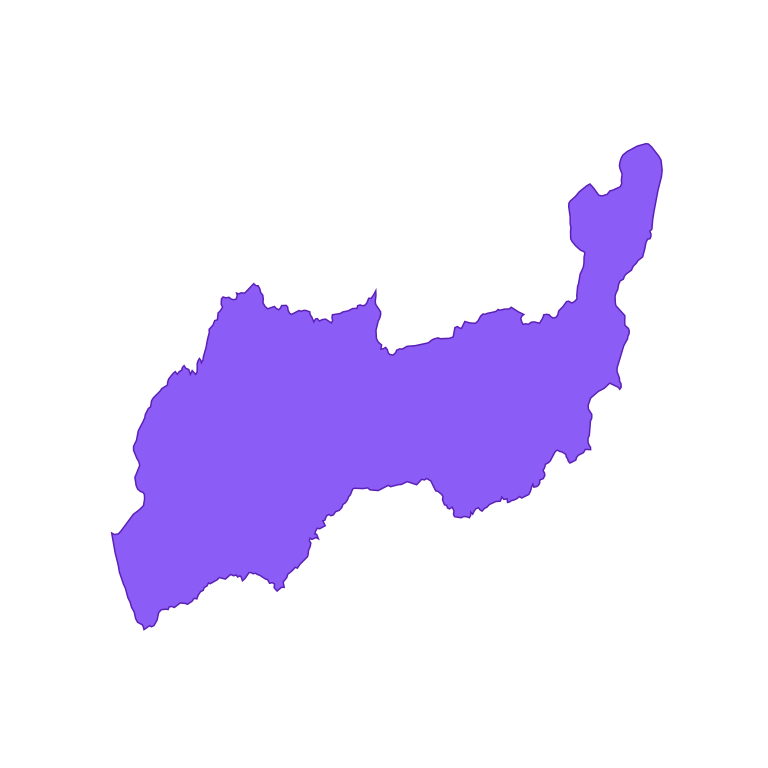 Lurambi, Western, Kenya (Equal Earth projection), rotated 193°
{"feature_id": "3690345B89314071613008", "entity_name": "Lurambi", "entity_type": "district", "adm_level": 2, "iso_a3": "KEN", "parent_name": "Kenya", "parent_adm1": "Western", "projection": "equal_earth", "projection_center": [34.691, 0.273], "detail": "fine", "context": "isolated", "style": "filled", "palette": "violet", "viewbox_px": 768, "rotation_deg": 193, "n_neighbors": 0, "source": "geoboundaries", "source_scale": "gbopen_adm2", "svg_char_len": 6151}
<svg xmlns="http://www.w3.org/2000/svg" viewBox="0 0 768 768"><g transform="rotate(193 384 384)"><path d="M161.1,655.0L164.4,664.4L167.2,667.5L176.6,675.2L180.3,677.3L182.8,677.1L190.7,672.8L199.3,665.3L202.6,661.0L203.6,658.0L204.0,653.9L203.7,649.6L202.4,646.8L199.2,642.1L198.6,636.0L197.5,632.8L198.1,629.4L204.6,624.4L207.3,623.0L209.3,618.9L214.1,616.2L217.3,616.3L223.6,621.9L228.3,625.2L230.9,622.9L237.0,615.2L239.7,609.7L243.6,604.3L244.5,601.8L244.0,598.6L240.2,588.7L238.6,581.9L237.1,578.6L236.5,574.2L234.7,567.4L232.6,565.0L227.8,561.4L222.4,558.5L219.5,558.1L217.7,556.9L217.6,552.7L216.3,546.4L216.1,542.4L217.6,535.4L217.0,525.1L217.3,522.6L216.1,513.8L215.1,510.3L216.9,507.3L219.0,505.2L222.9,506.2L224.7,505.3L227.0,499.7L230.2,494.5L230.2,490.8L231.1,488.0L233.9,486.3L236.8,487.2L238.6,488.6L241.1,488.5L243.9,487.4L244.2,483.9L246.1,478.2L251.5,478.3L254.3,477.4L256.8,474.6L259.2,474.6L261.9,473.4L264.0,475.8L265.4,478.5L265.0,481.1L263.4,483.2L269.2,484.5L277.3,487.4L279.0,485.2L283.4,484.1L287.6,482.0L289.6,482.3L290.9,480.2L292.9,479.0L299.2,476.1L300.9,474.8L303.4,474.4L305.1,471.9L306.7,466.4L308.6,463.7L314.1,462.8L319.3,463.1L321.0,455.6L323.1,455.6L325.4,456.5L327.6,454.9L327.2,445.5L330.3,443.3L339.3,440.8L341.7,441.1L345.4,439.2L347.6,437.3L350.0,434.1L362.1,428.4L370.0,425.9L374.0,422.2L376.7,421.7L379.2,419.9L379.8,416.9L381.7,414.2L385.1,414.1L386.8,415.2L388.5,418.2L390.6,420.0L392.6,418.2L394.8,417.3L395.1,421.5L399.0,423.5L401.6,426.6L403.9,434.5L403.8,443.8L402.9,447.9L402.9,451.1L403.6,453.6L410.0,459.7L411.1,462.4L411.8,468.6L413.0,473.0L414.1,468.7L415.8,464.5L418.2,464.1L419.0,458.8L420.6,456.2L422.8,455.4L425.0,455.7L427.3,454.4L427.3,451.6L431.5,450.5L435.4,447.2L440.4,444.9L442.7,442.7L449.8,439.9L449.6,436.9L448.3,434.2L449.0,431.7L455.5,434.1L458.8,432.8L461.0,430.8L463.7,432.7L465.4,431.9L466.3,428.7L469.5,433.1L471.7,435.1L472.5,437.6L477.1,438.1L479.2,437.5L481.1,436.1L483.2,436.6L489.8,431.0L492.1,431.8L494.1,434.4L495.2,437.3L496.9,438.6L501.4,437.4L501.9,434.8L503.5,432.6L506.2,433.5L508.2,434.9L514.3,431.1L517.3,432.8L520.2,435.9L520.7,439.5L522.1,443.3L524.8,445.5L526.2,448.5L528.7,451.4L531.0,451.0L533.5,452.5L540.1,441.3L543.9,440.6L545.7,439.2L548.1,439.4L546.9,437.1L547.2,433.4L549.2,432.4L551.8,432.3L554.5,433.6L557.5,432.4L560.4,432.6L561.5,430.3L561.0,427.2L560.4,424.7L558.6,422.7L559.8,418.8L561.6,415.9L560.8,409.1L563.2,407.7L563.9,402.9L566.7,397.9L565.8,394.8L566.0,387.9L565.6,379.4L566.1,369.9L565.8,366.5L566.7,363.7L568.0,366.0L569.6,367.3L570.4,364.6L570.6,361.9L568.8,353.8L569.7,351.0L573.9,353.9L574.8,349.8L577.5,354.2L580.6,354.7L582.9,356.9L584.1,354.9L584.3,351.8L586.2,350.2L587.6,347.0L590.2,349.1L591.9,346.8L595.0,340.3L595.2,336.9L594.8,334.2L599.5,329.5L600.6,326.7L605.6,318.7L606.7,315.4L606.3,309.3L608.1,307.1L609.7,300.6L609.5,297.6L610.2,293.7L612.9,283.1L612.5,273.5L614.0,267.0L613.1,263.0L608.1,256.0L605.5,253.2L603.7,249.8L605.7,236.9L602.7,229.4L600.4,226.2L597.2,224.5L594.5,224.2L592.7,222.6L591.4,218.1L591.0,211.3L594.5,205.9L598.9,200.7L607.3,181.4L609.2,178.2L612.6,176.7L615.8,177.5L608.0,159.1L602.3,147.9L599.5,141.2L592.8,130.3L590.1,126.9L585.4,118.1L582.2,114.2L579.8,109.7L576.2,105.8L573.2,99.5L570.5,96.4L565.4,95.0L564.0,93.4L562.6,90.7L558.0,95.8L556.1,95.1L553.8,96.8L552.0,102.7L552.1,110.6L550.2,114.0L545.9,115.5L543.6,115.7L543.2,118.4L540.9,119.5L538.0,119.1L533.3,124.8L528.4,125.5L526.0,125.1L522.2,129.1L520.7,132.5L518.0,132.5L517.6,136.2L516.1,140.3L513.7,142.3L513.4,145.2L511.0,147.5L510.3,150.7L508.4,150.3L502.3,155.9L501.0,158.4L494.7,158.2L490.6,163.9L487.4,163.3L485.0,164.7L483.2,163.0L481.2,164.7L479.5,163.5L477.7,160.4L475.8,163.0L473.1,169.8L471.0,170.4L469.0,169.7L466.4,170.7L464.3,169.8L462.3,169.8L455.7,167.3L453.4,167.2L450.7,164.1L448.1,165.3L445.7,164.5L445.2,160.8L441.6,158.2L438.1,162.9L435.5,163.4L437.7,168.3L435.2,173.5L435.0,176.9L431.2,181.8L429.3,185.4L427.0,185.1L425.3,189.5L419.7,198.4L419.6,201.1L420.1,204.8L419.4,208.9L419.5,212.6L421.5,214.4L421.4,217.2L419.3,216.4L415.7,219.1L413.1,218.4L415.8,222.4L417.6,222.3L417.6,225.1L416.7,228.4L414.1,228.5L409.4,232.7L412.8,236.9L411.0,238.0L410.4,242.4L408.4,244.5L406.1,243.7L403.9,245.0L402.5,248.6L399.1,250.9L397.3,254.1L396.9,257.4L394.8,259.7L393.5,263.0L393.0,266.3L391.8,268.5L390.9,274.7L389.2,275.8L381.2,277.3L376.5,279.1L373.8,277.7L365.6,278.9L357.0,286.2L354.5,285.4L347.5,289.1L344.5,290.0L339.4,294.1L329.5,293.2L325.9,299.5L322.9,299.7L321.1,301.5L316.6,300.1L309.6,291.5L307.5,291.6L303.2,289.5L301.2,287.7L301.0,284.4L297.9,279.9L295.6,279.8L294.2,277.5L292.2,277.0L289.8,279.3L287.3,276.1L287.0,272.7L285.4,270.6L278.8,271.0L276.5,272.8L273.4,273.3L270.7,272.9L270.0,275.7L270.6,278.7L268.3,277.1L267.5,280.6L266.3,283.2L264.2,284.7L262.0,282.9L259.8,282.2L258.2,285.3L256.0,287.1L254.2,290.3L248.7,294.6L244.3,296.0L243.7,300.4L241.3,298.5L238.2,299.8L237.0,296.4L235.1,297.3L233.7,299.0L231.2,300.2L228.5,302.4L226.8,304.8L224.2,303.9L218.1,308.9L217.2,312.4L217.0,317.0L216.4,319.8L214.8,317.2L212.3,318.3L210.8,319.9L210.0,322.5L210.6,325.5L207.6,327.6L206.7,330.9L207.6,333.4L209.6,335.5L208.7,338.5L208.6,342.2L206.5,343.9L204.8,346.2L202.0,356.5L200.4,358.6L197.5,357.8L195.2,357.9L191.0,356.3L190.0,354.0L188.4,352.5L187.0,350.2L185.0,348.8L180.0,353.0L179.8,355.9L178.7,358.2L174.2,362.0L173.1,365.6L167.9,366.5L168.6,368.9L170.3,370.4L172.0,373.0L173.0,376.9L172.4,380.2L174.5,394.4L173.9,397.5L174.7,401.1L179.2,405.6L180.3,409.0L179.5,416.8L173.5,425.0L168.4,429.4L164.3,435.6L155.0,433.5L153.1,431.9L152.2,434.2L153.1,437.5L155.1,439.8L156.0,442.9L159.7,448.4L160.5,452.1L159.0,475.3L156.9,482.6L157.1,485.6L156.5,488.1L157.0,490.9L158.3,493.1L162.3,495.3L163.2,497.6L164.7,504.8L175.7,512.5L177.0,515.5L178.6,521.6L178.4,525.1L177.5,528.6L177.8,534.2L177.0,537.7L174.4,539.9L173.9,543.5L172.6,545.9L168.5,550.6L167.7,554.8L165.4,558.3L164.3,561.4L160.6,566.0L160.3,574.8L160.6,580.9L159.7,584.4L157.5,585.4L157.1,587.8L157.7,590.4L159.4,592.6L157.8,595.0L159.2,604.8L159.7,612.0L160.6,634.0L160.3,648.5L161.1,655.0Z" fill="#8b5cf6" stroke="#5b21b6" stroke-width="1.5"/></g></svg>